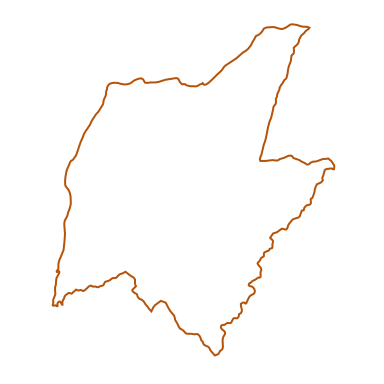 the district of Lourdes, Norte de Santander, Colombia, rotated 178°
{"feature_id": "7082276B15228121162034", "entity_name": "Lourdes", "entity_type": "district", "adm_level": 2, "iso_a3": "COL", "parent_name": "Colombia", "parent_adm1": "Norte de Santander", "projection": "orthographic", "projection_center": [-72.851, 7.965], "detail": "fine", "context": "isolated", "style": "outline", "palette": "amber", "viewbox_px": 384, "rotation_deg": 178, "n_neighbors": 0, "source": "geoboundaries", "source_scale": "gbopen_adm2", "svg_char_len": 5903}
<svg xmlns="http://www.w3.org/2000/svg" viewBox="0 0 384 384"><g transform="rotate(178 192 192)"><path d="M335.1,83.6L334.3,83.2L332.2,83.5L331.1,82.6L330.6,82.6L330.4,82.7L330.3,83.2L330.4,85.0L329.8,86.3L328.6,87.1L327.8,87.1L327.5,86.9L326.7,85.7L326.2,84.4L325.9,84.0L325.4,83.9L325.4,86.1L324.9,88.1L323.6,90.1L323.0,91.9L321.8,93.5L320.5,94.2L318.9,95.4L317.9,95.4L316.2,94.6L315.6,94.7L314.0,96.4L313.2,96.7L311.5,98.4L311.1,98.5L309.4,97.5L306.6,97.9L306.0,97.8L304.6,96.9L303.8,97.0L302.8,97.4L300.1,99.6L298.7,101.0L297.2,101.8L296.0,101.9L294.5,100.9L291.8,100.9L290.2,100.2L289.4,100.1L289.1,100.1L287.0,101.1L284.9,101.5L284.3,101.7L283.6,102.3L282.3,104.8L281.8,105.3L278.0,106.3L276.8,107.0L275.4,108.1L274.2,108.7L271.7,108.7L270.9,108.9L269.9,109.7L268.4,111.3L267.3,112.1L266.6,112.5L264.2,113.1L261.3,114.6L256.4,110.5L253.8,108.9L252.9,108.0L252.0,106.5L252.2,103.2L251.9,101.2L251.3,99.8L253.6,97.6L254.7,96.7L255.0,96.3L255.0,95.1L253.4,93.5L250.8,91.9L250.4,91.3L250.0,89.3L248.8,87.5L248.0,86.9L246.1,86.2L244.8,85.1L243.6,83.6L242.3,81.2L240.1,78.5L239.1,76.8L236.8,74.1L234.6,78.2L233.0,80.1L226.9,84.3L222.1,82.3L220.5,78.7L217.9,73.8L214.2,69.1L213.6,66.7L213.3,64.7L211.4,61.4L209.7,57.3L208.5,55.7L207.4,55.2L206.4,54.6L204.5,52.7L203.6,51.5L202.6,50.7L202.0,50.6L196.8,50.2L194.9,49.7L191.6,49.9L191.0,49.5L189.6,48.1L188.7,46.3L188.0,43.8L187.7,43.2L187.2,42.8L186.4,41.8L186.0,40.1L185.3,38.9L183.1,37.6L181.7,37.1L180.7,36.2L179.9,35.2L179.6,34.1L178.7,32.5L174.9,27.9L172.0,28.8L170.9,29.6L169.6,32.1L168.1,33.0L166.9,34.4L166.5,36.2L166.6,41.6L166.4,44.3L165.9,45.9L164.6,47.9L163.8,49.6L164.1,51.2L165.1,52.3L166.9,53.8L167.8,55.3L167.8,56.4L167.6,57.1L167.0,57.7L166.3,58.0L164.2,58.1L161.3,59.9L158.8,59.6L157.9,59.7L157.2,60.4L155.3,63.9L154.3,64.4L153.5,64.5L151.5,64.1L150.6,64.7L149.8,65.7L149.1,68.4L147.6,69.1L147.1,69.6L146.3,71.4L146.3,72.8L147.0,76.1L147.1,78.4L145.7,79.4L144.0,79.8L143.4,79.5L142.6,78.7L141.7,78.8L139.0,84.3L138.2,85.4L137.1,86.5L134.2,87.9L133.1,89.0L132.8,89.8L132.7,90.8L132.8,92.1L133.2,93.0L134.3,94.5L135.0,95.2L137.9,96.1L138.2,96.4L138.6,97.1L138.5,97.6L138.1,98.4L137.7,98.8L136.7,99.1L135.5,100.3L134.4,101.1L131.8,102.2L128.7,104.2L127.3,104.1L126.5,104.6L126.3,106.2L126.4,108.9L126.2,109.9L125.5,111.7L125.5,112.9L126.6,114.9L127.6,115.9L128.7,117.6L128.9,118.2L128.8,118.9L126.8,120.8L125.2,123.7L122.6,125.1L122.4,125.4L122.4,126.9L122.1,128.6L121.7,129.1L119.0,130.3L117.7,130.6L117.1,131.0L116.4,132.4L113.9,133.2L113.5,134.1L113.5,136.9L112.7,139.6L112.9,140.4L113.4,141.2L114.4,142.4L115.3,142.9L115.4,143.7L112.4,147.7L111.3,148.1L108.7,148.7L104.3,151.7L103.4,152.1L102.5,152.1L100.5,151.3L99.3,151.2L98.9,151.4L97.8,152.9L97.1,155.2L96.1,156.8L92.6,160.8L90.3,161.8L86.9,162.7L86.3,163.0L85.2,163.9L83.1,169.1L82.7,169.7L81.1,169.8L80.7,170.7L80.4,172.1L79.6,173.1L78.5,174.2L77.8,174.7L74.7,175.3L73.7,176.3L73.5,177.0L73.7,180.5L73.4,181.1L72.6,181.3L72.0,181.9L71.4,183.1L69.8,187.0L69.1,190.5L68.0,193.5L66.8,195.4L63.0,196.9L61.6,198.1L60.9,199.0L60.8,199.5L61.2,200.4L61.3,201.6L60.3,203.6L58.6,209.2L57.8,209.9L56.3,210.3L52.1,210.7L51.2,210.5L50.2,209.7L49.6,209.7L49.4,209.8L48.9,212.1L49.0,213.6L51.5,217.9L54.5,220.6L60.4,220.3L65.7,218.5L67.0,218.2L69.9,218.1L72.6,217.1L74.1,215.7L74.6,215.5L75.8,215.4L76.3,215.5L78.6,217.2L81.0,218.3L83.7,220.2L89.0,222.2L89.6,222.6L90.6,224.2L91.8,224.9L93.8,224.9L94.6,224.7L99.2,222.8L103.3,221.8L104.6,220.8L105.3,220.5L107.6,220.6L110.2,221.1L116.8,220.5L122.5,220.6L122.7,220.8L123.0,222.3L122.5,224.4L121.4,226.6L118.6,236.8L117.4,239.6L116.2,243.5L113.6,254.7L112.8,256.8L112.9,257.3L111.6,260.7L110.4,263.1L108.3,270.8L107.6,274.2L106.9,275.4L105.7,276.6L105.0,278.0L104.9,282.2L103.8,284.2L103.3,287.0L101.2,291.2L100.8,292.4L100.8,293.2L98.8,296.4L97.9,297.2L96.1,300.3L93.9,302.1L93.3,303.6L92.3,307.4L91.8,310.6L90.9,314.1L88.7,319.3L87.8,324.8L87.5,325.3L86.0,326.4L85.4,327.4L85.2,329.0L85.3,332.5L84.7,333.2L82.4,335.1L80.8,336.7L80.0,338.5L79.5,340.8L77.9,343.7L76.9,344.9L74.4,346.9L72.7,349.0L70.1,350.6L68.9,352.0L71.0,353.0L75.8,353.4L77.9,354.0L81.4,355.3L84.5,355.9L86.9,356.1L88.2,355.7L91.9,353.3L95.2,351.9L97.0,351.8L98.4,352.1L100.3,352.6L103.6,353.8L105.3,354.0L110.9,353.9L112.6,353.6L114.5,352.7L116.3,350.0L117.8,348.4L118.9,347.5L120.5,346.5L122.3,345.8L123.0,345.2L123.8,343.5L126.3,339.8L128.0,336.5L131.2,332.8L133.6,331.1L136.1,329.7L142.8,324.2L154.2,317.2L155.7,315.8L157.8,312.9L160.1,310.7L161.9,309.3L167.8,303.8L171.4,300.7L173.1,299.6L174.5,298.9L175.4,298.7L176.4,298.9L176.9,299.3L177.5,300.4L178.1,299.9L180.5,299.1L182.2,298.1L183.4,297.6L184.9,297.4L188.4,297.8L189.5,297.6L193.9,298.9L195.1,300.0L196.8,300.1L197.6,299.9L198.5,300.3L200.3,302.4L201.4,304.8L202.3,306.0L204.0,306.4L214.7,305.1L221.1,303.3L224.1,302.8L230.2,302.9L232.7,302.6L234.5,302.8L235.2,303.0L236.9,306.2L238.2,307.1L239.1,307.4L242.1,306.9L245.4,305.7L247.3,304.5L249.7,302.8L252.6,302.0L255.7,301.8L259.2,302.5L262.4,303.6L266.3,303.9L269.1,303.5L271.5,302.3L273.0,299.9L273.5,297.4L274.4,295.0L274.5,292.8L275.0,291.0L276.6,287.9L277.2,286.2L277.7,283.1L282.8,275.4L285.3,272.9L289.6,266.8L291.9,262.3L296.2,256.5L298.0,253.6L299.5,250.0L301.6,245.7L306.5,232.8L309.8,228.4L311.8,227.3L312.9,225.9L313.5,224.3L316.0,219.1L316.8,216.9L318.0,211.2L318.4,207.8L318.5,204.0L318.2,202.5L317.1,200.8L315.9,199.3L314.9,197.4L314.1,195.1L313.5,191.9L313.5,185.1L313.9,182.8L314.9,179.6L316.8,175.1L317.0,173.9L317.6,172.2L320.1,167.9L320.6,165.7L320.8,164.4L320.4,154.7L321.2,146.8L322.4,138.5L326.2,130.0L327.0,128.6L327.8,125.6L328.1,123.7L328.2,119.9L329.9,117.7L330.0,117.1L329.8,116.8L329.3,116.7L327.8,117.5L327.5,117.1L327.4,116.2L328.0,114.8L330.5,110.6L331.0,107.3L331.1,105.6L331.5,103.2L332.0,102.3L332.2,101.3L332.3,98.7L332.1,94.6L334.4,89.3L334.6,87.5L334.4,86.7L335.1,83.6Z" fill="none" stroke="#b45309" stroke-width="2"/></g></svg>